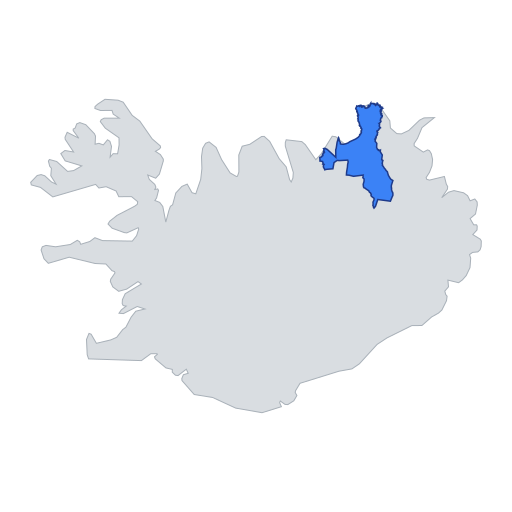 Norðurþing, Norðurland eystra, Iceland shown in context
{"feature_id": "244011B18729557885943", "entity_name": "Norðurþing", "entity_type": "district", "adm_level": 2, "iso_a3": "ISL", "parent_name": "Iceland", "parent_adm1": "Norðurland eystra", "projection": "orthographic", "projection_center": [-16.378, 66.009], "detail": "fine", "context": "in_parent", "style": "filled", "palette": "blue", "viewbox_px": 512, "rotation_deg": 0, "n_neighbors": 0, "source": "geoboundaries", "source_scale": "gbopen_adm2", "svg_char_len": 9401}
<svg xmlns="http://www.w3.org/2000/svg" viewBox="0 0 512 512"><path d="M396.8,133.6L401.4,133.9L408.9,130.4L419.5,120.2L424.0,117.9L434.4,117.6L422.0,127.6L417.5,138.3L414.1,143.6L414.2,145.9L423.3,152.1L427.6,149.9L429.5,150.7L431.3,153.7L432.6,159.6L432.0,165.9L429.5,172.3L426.1,177.6L426.7,179.3L429.5,180.1L444.4,176.5L446.3,184.1L447.7,186.6L447.4,189.2L441.7,197.7L448.5,192.2L454.0,190.6L463.6,192.8L467.6,195.7L470.1,200.8L474.8,199.0L477.1,201.9L477.3,205.1L475.5,214.0L470.1,218.6L473.7,224.8L476.6,224.8L477.2,226.2L477.0,230.0L472.8,234.6L480.3,239.2L481.3,241.0L481.1,246.7L480.0,249.9L477.8,251.9L472.6,252.4L469.5,254.6L470.7,258.1L470.0,267.6L466.2,275.6L462.4,279.9L458.6,282.7L447.9,280.1L448.5,286.8L444.8,291.1L445.7,294.5L447.1,296.2L446.5,300.7L441.9,310.0L438.5,313.1L431.7,316.9L421.9,325.5L411.8,325.6L387.0,337.9L377.1,344.4L359.4,363.8L351.9,368.9L339.0,371.2L300.0,383.3L295.5,390.8L295.2,392.5L296.9,395.5L293.8,400.8L287.8,404.6L285.0,404.4L280.3,401.0L279.6,402.6L281.4,406.7L262.0,412.7L235.7,408.1L212.7,397.5L194.2,394.5L182.0,380.6L181.8,378.6L183.4,374.7L188.2,373.3L186.3,369.2L178.0,375.6L175.4,375.2L172.3,372.2L172.3,369.4L165.9,367.9L155.2,358.8L154.5,356.8L157.4,354.3L157.0,353.7L150.8,353.7L141.4,360.6L88.6,358.9L87.2,354.7L86.5,339.5L89.0,333.4L91.1,334.2L96.4,343.3L110.8,339.9L116.7,337.3L122.7,329.6L125.9,327.2L131.1,317.2L135.8,311.2L144.9,309.0L137.2,306.5L123.4,313.6L119.0,313.2L121.4,309.8L126.2,306.1L123.2,305.6L122.2,303.6L122.4,299.7L125.2,293.7L141.4,284.0L138.0,281.6L126.7,289.1L118.7,291.3L112.8,286.9L110.3,281.4L110.7,279.2L115.0,272.9L114.5,271.6L112.0,270.7L105.9,264.0L95.1,263.5L69.2,257.2L48.3,263.3L44.0,258.8L41.1,250.0L42.3,246.8L46.0,245.4L55.6,246.8L70.3,244.5L77.3,240.3L79.7,241.8L80.7,244.3L89.8,241.5L94.9,237.7L102.5,240.6L132.3,241.1L136.6,235.7L138.7,229.1L138.2,227.7L126.8,232.9L124.3,232.6L112.1,228.2L108.0,224.0L109.7,221.2L117.0,215.4L134.7,206.2L137.3,204.3L137.7,201.7L131.5,196.6L118.8,196.7L116.1,191.0L106.1,186.7L98.9,188.0L95.6,184.4L52.8,196.9L40.5,187.4L31.3,184.9L30.7,182.3L37.2,175.5L41.1,174.6L44.8,175.8L51.4,181.9L56.1,184.2L50.8,175.7L51.4,168.3L49.7,166.2L48.4,161.1L49.4,159.5L56.7,161.5L67.6,171.4L73.6,170.6L81.8,165.9L65.2,160.9L60.8,153.6L64.9,150.5L73.6,152.0L65.2,139.3L65.0,137.2L67.2,132.3L78.8,138.2L73.2,130.6L73.2,129.1L75.2,128.0L76.7,123.9L79.8,122.6L85.8,124.7L94.4,133.7L95.5,136.1L95.1,144.2L98.9,143.3L103.3,144.9L107.5,139.8L109.9,141.3L111.5,146.4L110.1,157.2L113.1,153.7L117.6,153.8L119.1,145.0L119.0,137.8L105.3,128.2L100.3,121.6L101.2,119.7L104.1,118.2L119.3,118.2L113.2,114.1L112.0,110.4L100.5,110.5L94.9,108.5L95.0,106.6L97.6,104.2L105.0,99.3L118.1,100.2L123.2,102.2L132.2,115.4L139.8,121.1L152.1,138.8L160.3,145.9L160.6,147.6L159.0,149.3L155.4,151.3L160.4,154.6L163.3,159.1L163.3,161.0L159.4,174.1L155.7,178.2L147.7,175.0L149.3,179.4L154.8,184.4L155.9,187.1L154.8,189.5L157.7,188.9L158.5,190.4L156.6,197.9L154.9,200.5L159.7,202.4L162.8,206.5L165.8,222.1L168.9,210.5L170.4,206.3L172.6,204.8L175.8,193.0L181.9,186.4L187.2,184.1L192.0,192.7L195.8,193.8L200.7,179.4L201.9,168.6L201.5,156.6L202.7,148.2L205.6,143.3L209.1,141.9L216.1,147.4L221.6,159.6L230.1,172.9L236.4,176.5L237.5,176.2L238.9,172.0L238.8,155.0L242.2,146.2L249.8,144.3L261.6,136.5L264.2,136.4L269.7,141.4L279.2,158.7L286.2,166.9L289.6,179.6L291.2,182.0L292.9,178.1L293.3,172.5L285.3,146.1L285.3,142.6L286.2,139.8L301.8,141.6L305.3,144.6L315.8,159.7L321.3,153.7L332.2,136.2L335.9,136.8L344.8,144.1L348.4,143.5L359.1,137.1L361.3,128.9L356.9,112.2L358.8,108.7L368.4,104.6L378.9,105.4L389.8,120.8L390.4,128.0L396.8,133.6Z" fill="#d9dde1" stroke="#a8b0b8" stroke-width="1"/><path d="M382.2,115.2L381.6,114.9L381.3,115.1L381.0,115.0L380.9,114.3L381.6,113.5L380.9,112.9L380.8,113.1L380.5,113.0L380.5,112.7L380.9,112.6L380.9,112.1L380.5,111.7L380.5,111.2L380.4,111.0L380.8,111.0L380.8,111.4L381.2,111.3L381.3,111.1L381.2,110.7L380.7,110.7L380.9,110.5L380.8,110.4L380.9,110.1L380.6,109.6L381.5,109.1L381.8,109.3L382.0,108.8L381.7,108.6L381.3,108.7L381.1,108.1L381.3,108.3L382.1,108.0L382.5,108.3L382.7,108.2L382.1,107.9L381.5,108.2L381.2,108.1L381.1,107.9L381.3,107.3L381.6,107.1L380.9,106.9L380.7,106.6L380.2,107.1L379.8,107.0L379.7,106.7L379.8,106.3L380.0,106.3L379.9,106.0L380.2,105.9L380.1,105.5L380.0,105.3L379.5,105.7L379.9,106.0L379.3,106.1L379.5,106.0L379.2,105.7L379.5,105.7L379.4,105.1L378.5,105.3L378.1,105.0L378.0,104.1L377.4,103.1L377.1,103.1L377.1,104.0L376.9,104.5L376.5,104.5L375.9,104.1L375.7,104.2L375.6,104.4L375.7,104.2L376.4,104.5L375.9,104.6L375.8,105.4L375.7,105.5L375.4,105.1L375.5,105.0L375.3,105.1L375.0,104.7L374.9,104.5L375.0,104.4L374.8,104.2L374.6,104.1L374.6,104.4L374.3,104.4L373.9,104.1L373.6,103.6L373.1,103.7L372.2,103.4L371.0,103.9L370.7,103.7L370.7,103.2L370.5,103.5L370.2,104.0L370.3,104.4L370.2,104.7L370.2,105.2L369.7,106.3L369.4,106.6L368.9,106.5L369.2,106.6L368.9,106.9L368.4,105.9L368.7,105.8L368.8,106.0L368.8,105.5L368.4,105.4L368.2,105.8L368.5,106.1L368.4,106.5L368.0,106.9L368.3,107.2L368.2,107.5L367.1,108.0L366.4,107.9L366.0,108.3L365.1,108.1L365.1,107.7L364.9,107.4L365.0,107.1L364.5,106.8L364.1,106.0L363.8,105.9L362.8,105.9L362.7,106.2L362.7,106.5L362.1,106.5L362.0,106.9L362.1,107.0L361.5,107.1L361.3,106.9L361.2,106.7L361.3,106.6L361.2,106.4L361.3,106.3L361.3,106.0L361.5,106.0L361.5,105.7L361.0,105.2L359.3,105.6L359.5,105.8L359.6,106.0L359.4,106.4L358.8,105.8L357.7,106.3L356.8,105.9L356.7,106.1L356.6,106.7L356.0,107.8L356.0,108.2L355.8,108.4L355.7,108.8L356.4,109.5L356.5,109.9L356.8,110.1L356.9,110.6L356.8,111.3L357.1,111.4L356.9,111.8L357.5,112.3L357.8,113.7L358.6,115.1L358.3,115.4L357.9,115.5L357.8,115.2L357.5,115.5L357.6,115.8L357.6,116.2L358.1,116.6L358.1,117.3L358.2,117.6L358.2,118.0L357.8,118.7L358.1,118.8L358.3,119.3L358.1,119.7L358.2,120.1L358.0,120.6L358.2,120.9L358.2,121.4L359.0,122.1L359.0,122.7L359.4,123.1L359.3,123.5L359.5,124.2L359.5,124.9L359.4,125.2L359.8,125.3L359.6,125.9L359.7,126.1L360.4,126.3L360.5,127.0L360.5,126.8L361.1,127.3L361.0,127.8L360.8,128.1L361.3,128.4L361.8,128.9L361.7,130.0L361.4,130.5L361.3,130.9L361.4,132.2L361.4,132.6L360.8,133.7L360.3,134.4L359.7,134.7L359.8,135.1L359.8,135.4L358.4,137.1L355.7,139.0L350.0,141.6L348.1,142.9L345.8,143.8L343.5,144.3L340.9,144.1L340.3,143.8L340.3,143.6L340.4,143.0L340.4,142.5L339.1,140.7L339.3,140.4L338.9,138.6L338.9,138.2L338.5,137.6L337.1,142.3L336.2,148.3L335.7,149.7L335.8,157.3L327.1,149.3L326.3,149.3L326.1,148.8L325.3,148.4L324.6,148.3L323.6,148.6L324.1,149.3L323.9,149.8L324.0,150.0L323.9,150.4L323.6,151.1L323.7,151.5L323.6,151.9L324.2,151.6L324.3,151.8L324.1,151.8L324.3,151.9L324.3,152.2L323.9,153.0L322.8,153.9L322.9,154.2L322.5,154.8L322.9,155.2L322.8,155.7L321.6,156.4L321.5,157.0L319.8,157.4L320.0,160.5L319.9,161.0L322.6,161.5L322.8,162.4L323.0,162.7L323.1,163.4L322.7,164.1L323.2,164.3L323.2,164.0L324.1,164.4L323.7,165.0L323.4,165.7L323.5,166.3L323.3,166.8L324.1,168.4L324.5,168.7L324.6,169.2L324.6,169.5L324.7,169.8L326.7,169.3L332.9,168.8L334.0,162.6L337.1,160.4L339.3,160.6L347.7,160.1L348.2,161.8L347.6,164.6L347.4,167.3L346.6,172.0L346.4,175.0L349.1,175.2L353.5,176.3L363.1,175.1L362.9,175.7L363.1,176.3L363.1,177.0L362.8,177.7L364.0,178.9L364.1,180.0L364.0,181.5L363.2,184.3L363.5,186.9L364.0,187.8L365.2,188.2L365.9,188.9L368.8,190.8L369.1,191.6L369.5,192.3L370.5,192.8L370.7,193.8L371.3,194.2L371.3,194.4L371.0,195.7L371.7,196.5L374.0,198.3L374.1,199.0L373.9,200.2L373.0,202.1L373.0,202.6L373.1,203.9L372.9,205.6L373.4,206.2L373.4,207.1L374.0,208.1L375.5,206.3L377.8,199.5L390.4,201.2L392.4,196.3L392.7,195.9L392.9,195.1L392.9,194.3L392.8,193.9L392.9,193.3L392.6,192.2L392.2,191.9L391.5,189.6L391.6,188.5L391.3,187.9L391.5,187.4L391.3,186.9L391.4,185.3L392.9,180.5L390.9,179.3L390.0,178.1L388.4,175.4L387.7,173.1L387.4,171.8L385.9,170.3L385.5,169.4L384.4,168.3L383.2,166.3L382.4,165.5L382.5,165.3L382.5,164.1L382.2,163.6L382.3,163.4L382.2,163.0L382.4,162.6L382.6,161.4L382.5,161.0L382.8,160.8L382.9,160.4L382.6,160.2L382.4,160.4L382.2,160.1L381.8,159.8L381.6,160.2L382.3,155.0L380.3,151.8L380.4,150.2L379.8,150.6L379.3,150.7L379.1,150.5L379.2,150.2L379.0,149.9L378.8,149.8L378.3,150.2L378.0,149.7L377.5,149.4L377.6,149.2L377.3,148.9L376.6,147.4L376.8,143.4L375.1,141.2L375.2,140.9L375.2,140.2L375.5,139.6L375.5,139.4L375.5,139.2L375.3,139.2L375.4,138.8L375.2,138.8L375.5,138.4L375.3,138.4L375.4,138.2L375.6,137.9L375.7,138.2L376.1,138.0L376.1,137.7L376.2,137.4L376.0,137.2L376.0,136.8L376.2,136.5L376.1,136.4L376.5,135.8L377.1,135.4L377.2,134.9L377.1,134.6L377.4,134.4L377.3,134.2L377.4,133.5L377.5,133.1L377.4,132.8L377.7,132.5L377.4,132.2L377.4,131.9L377.0,131.6L377.0,131.4L376.9,131.1L377.5,130.6L378.0,130.5L378.3,130.2L378.7,129.8L379.0,129.2L379.4,128.9L379.3,128.5L380.3,127.9L380.2,127.8L380.3,127.5L380.0,127.4L379.3,126.4L379.5,125.9L379.3,125.7L379.3,125.0L379.6,124.3L379.6,123.9L379.3,123.6L379.5,123.6L379.5,123.2L379.6,122.9L380.5,122.2L381.0,121.3L380.8,120.8L380.3,120.3L380.6,119.7L380.5,119.1L381.0,118.1L381.1,117.8L381.5,117.7L381.3,117.4L381.4,117.2L382.2,116.6L382.1,116.1L382.3,115.4L382.2,115.2ZM374.1,103.5L373.8,103.5L374.3,103.8L374.2,103.8L374.3,103.9L374.8,104.0L374.1,103.5ZM362.4,105.9L361.9,105.9L361.9,106.1L362.4,105.9ZM375.5,104.7L375.3,104.6L375.5,104.7ZM375.2,104.5L375.1,104.3L374.9,104.1L375.1,104.4L375.2,104.5ZM357.9,118.2L357.6,118.1L357.9,118.2Z" fill="#3b82f6" stroke="#1e3a8a" stroke-width="1.5"/></svg>